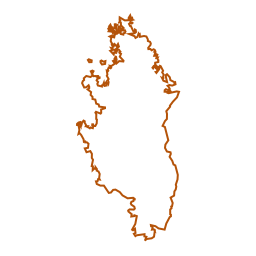 Kurigram, Rangpur, Bangladesh (Mercator projection)
{"feature_id": "16705992B97164497642406", "entity_name": "Kurigram", "entity_type": "district", "adm_level": 2, "iso_a3": "BGD", "parent_name": "Bangladesh", "parent_adm1": "Rangpur", "projection": "mercator", "projection_center": [89.627, 25.805], "detail": "fine", "context": "isolated", "style": "outline", "palette": "amber", "viewbox_px": 256, "rotation_deg": 0, "n_neighbors": 0, "source": "geoboundaries", "source_scale": "gbopen_adm2", "svg_char_len": 5689}
<svg xmlns="http://www.w3.org/2000/svg" viewBox="0 0 256 256"><path d="M144.9,240.6L146.6,239.0L151.7,238.3L154.0,236.7L154.9,230.2L154.2,229.1L154.5,230.2L153.6,229.3L152.0,229.6L152.6,227.5L152.4,226.7L151.1,226.3L150.9,225.1L155.5,226.2L158.5,228.4L164.6,229.6L166.3,223.5L169.7,217.1L170.9,216.3L170.9,214.7L170.2,214.3L170.2,209.5L171.5,208.3L171.2,206.6L172.0,206.4L172.7,203.0L170.6,197.6L174.1,195.6L174.4,191.4L175.7,189.5L176.3,186.6L175.8,184.7L177.5,179.5L177.8,174.9L175.3,165.4L173.5,164.5L172.3,160.9L169.6,156.8L170.8,153.9L170.5,152.3L166.9,151.5L165.0,147.9L165.4,144.6L168.3,140.3L164.9,127.0L162.6,125.9L165.0,121.0L166.9,119.0L167.0,113.9L166.3,111.2L170.1,106.7L169.9,105.7L172.9,101.7L177.0,97.3L179.0,91.8L176.7,91.4L168.6,93.2L167.8,92.9L168.5,92.0L164.6,91.7L164.7,90.2L165.9,89.2L170.2,90.8L169.1,89.3L169.7,88.8L168.7,86.9L167.6,85.8L169.3,85.0L172.2,85.6L175.5,84.3L175.2,82.4L174.4,82.9L174.3,82.1L170.4,80.1L169.8,77.3L167.0,74.2L165.9,75.0L165.9,77.0L167.1,82.1L163.4,80.7L162.1,78.1L163.0,78.6L163.4,78.1L163.1,76.4L163.8,74.9L162.2,72.3L163.1,70.8L160.7,66.2L160.0,65.9L159.1,69.3L156.4,72.9L155.7,72.0L157.2,71.6L157.2,70.2L159.1,67.0L157.1,66.5L156.4,68.6L155.8,68.2L155.8,67.0L153.9,67.0L153.1,68.4L152.5,67.7L153.8,65.9L155.8,65.1L155.1,64.1L155.2,62.7L158.3,62.0L158.3,60.6L157.6,60.7L158.2,60.4L157.4,58.5L157.8,57.6L156.4,57.9L157.4,54.7L156.4,54.2L155.1,55.8L154.2,55.8L155.4,52.4L154.4,51.9L155.3,51.1L154.7,49.9L153.6,49.3L151.6,50.3L150.4,49.0L148.4,49.1L148.2,47.9L150.5,44.9L150.8,43.4L150.0,41.8L147.9,41.0L147.8,39.3L146.4,36.5L144.0,36.0L140.0,36.8L139.7,34.1L139.2,34.4L138.6,33.5L137.5,36.8L135.5,37.9L134.6,36.2L129.2,34.0L134.7,33.2L135.7,32.1L133.3,31.2L130.8,25.9L130.1,26.0L129.0,23.9L130.2,22.7L131.8,23.5L133.2,22.3L131.7,23.1L130.5,21.7L130.3,19.1L131.5,20.1L132.7,19.8L131.4,19.1L132.3,18.4L132.1,17.7L131.0,18.1L130.2,15.4L128.7,17.8L128.6,20.2L124.8,20.4L119.7,17.4L119.6,20.0L120.2,20.4L119.3,22.2L120.8,22.5L121.0,25.4L123.5,27.9L122.5,28.3L122.9,29.2L121.7,29.2L120.0,27.9L119.8,26.5L118.8,26.4L118.5,27.5L119.5,27.9L118.3,28.1L118.3,29.5L120.9,30.9L121.2,30.0L123.5,30.6L124.8,30.2L125.5,31.5L124.7,33.1L123.5,33.2L123.3,34.6L120.8,34.0L120.7,32.6L119.3,32.7L120.5,31.6L119.4,30.4L117.8,31.5L117.4,32.9L116.9,32.3L117.4,30.8L114.9,31.5L113.8,30.4L113.7,31.5L115.3,31.6L115.4,32.4L114.3,32.0L114.4,33.5L116.4,33.7L114.2,35.3L113.7,36.1L114.4,36.4L114.2,37.4L113.4,37.2L113.7,36.2L112.7,36.7L111.8,35.6L109.7,36.5L111.3,37.4L110.7,41.0L112.3,44.5L112.8,44.0L113.4,44.7L113.4,45.4L112.1,45.3L112.8,46.9L113.6,46.6L114.7,44.2L116.6,46.3L118.0,44.0L118.9,46.6L115.1,49.7L113.0,49.8L112.5,48.4L111.3,48.1L112.0,49.1L110.7,49.4L112.0,49.5L111.8,50.5L110.3,50.9L113.7,54.5L114.0,52.6L115.8,52.8L115.0,50.5L116.8,51.4L117.4,49.4L118.9,49.7L120.3,51.6L119.3,52.2L119.6,53.0L121.0,53.8L119.8,56.7L123.5,60.7L123.3,61.5L119.2,61.1L116.3,63.6L115.6,62.7L115.9,61.8L114.2,61.9L113.7,60.6L113.0,61.0L114.9,63.6L111.4,66.0L110.0,65.8L111.2,67.7L110.6,68.3L108.7,67.5L107.8,69.6L108.3,70.7L107.9,71.2L106.8,70.7L107.4,74.6L106.8,75.8L108.6,79.0L107.8,80.1L108.6,82.1L108.3,83.8L107.9,83.1L106.4,83.2L106.2,82.2L105.6,83.1L106.3,83.2L106.6,85.5L104.5,85.9L103.9,82.7L103.0,85.0L101.9,85.4L101.9,86.5L97.9,85.5L97.3,83.9L98.1,81.9L96.6,80.4L97.2,79.0L99.6,78.0L99.6,77.4L98.9,77.4L97.9,76.0L96.2,76.1L97.6,76.1L97.1,77.0L95.3,76.0L93.5,76.2L92.9,75.2L90.5,77.0L86.3,76.0L83.8,78.3L84.1,80.0L82.8,81.1L82.1,83.1L84.2,87.5L86.2,87.3L88.6,85.3L88.9,86.0L88.1,86.4L89.2,86.9L89.2,88.2L87.6,89.4L91.1,92.1L90.6,94.9L92.5,96.8L92.5,99.0L95.3,99.6L96.2,103.6L98.7,104.5L99.2,106.6L105.0,107.4L105.0,108.2L101.1,109.5L101.2,112.9L100.6,113.6L96.0,111.8L95.4,112.6L96.3,114.3L96.2,119.0L96.9,119.5L96.7,123.4L95.3,126.0L93.6,126.0L93.1,124.3L92.3,124.3L92.2,125.5L93.3,125.9L92.8,128.2L90.4,127.5L89.8,128.3L87.7,126.9L86.6,127.3L87.6,126.2L85.7,126.2L86.1,125.2L84.3,122.0L84.7,121.3L83.6,120.6L81.4,123.1L80.4,122.0L78.6,122.5L77.1,123.8L77.0,125.0L78.1,125.3L78.0,124.4L79.6,123.7L80.5,125.1L81.4,124.8L81.0,125.8L81.7,126.6L80.6,125.8L80.6,126.6L80.1,125.9L78.8,126.6L79.4,130.1L78.5,133.9L79.6,133.2L81.2,135.0L83.6,139.4L83.9,141.8L85.2,141.5L85.3,142.4L86.8,142.3L88.5,143.7L88.0,147.8L84.8,148.4L86.5,152.2L90.3,151.1L91.9,153.8L91.8,157.9L93.0,159.8L91.7,166.1L92.9,166.4L92.7,170.1L94.5,168.4L95.6,168.9L95.6,167.3L96.9,169.1L96.7,170.6L98.5,171.5L99.7,174.0L99.1,178.3L99.7,179.5L98.1,179.2L97.5,181.3L96.0,181.4L96.8,184.0L100.4,185.6L103.9,185.6L108.8,192.9L111.0,192.5L113.1,189.9L115.5,189.6L119.8,192.1L122.5,195.4L127.6,198.3L133.2,197.8L134.7,198.9L134.7,199.5L133.6,199.7L133.4,201.1L131.4,201.8L130.8,203.3L131.3,204.6L134.3,206.7L134.8,208.6L133.8,209.6L129.6,209.4L128.2,210.5L128.4,211.5L131.7,214.2L131.3,216.5L134.2,216.1L134.4,215.3L136.8,216.1L135.3,223.9L132.1,229.7L133.0,230.3L135.0,228.8L135.5,233.0L133.9,233.8L135.4,236.1L136.6,235.3L144.5,234.2L144.4,236.4L146.4,236.8L144.9,240.6ZM112.7,27.3L109.5,28.1L109.0,30.0L110.1,29.7L108.8,31.3L112.2,31.7L112.5,32.3L112.6,31.6L113.5,31.7L111.6,30.5L113.2,29.5L112.7,27.3ZM103.5,61.7L101.4,60.5L100.5,61.1L100.6,62.5L102.0,64.5L105.1,63.9L105.4,61.1L103.5,61.7ZM88.8,59.3L87.9,60.0L89.2,62.2L91.5,62.1L91.7,60.4L88.8,59.3ZM92.4,70.6L90.8,71.3L91.9,73.5L91.7,74.7L93.5,71.2L92.4,70.6ZM116.6,59.7L116.0,56.8L115.8,56.7L114.5,58.7L115.0,60.0L116.6,59.7ZM116.9,25.3L115.0,26.2L115.5,28.1L113.9,27.7L116.2,29.0L116.0,26.9L116.9,25.3ZM111.4,27.1L110.4,24.7L109.3,26.1L111.4,27.1ZM135.8,31.3L135.8,30.1L135.0,29.6L134.9,30.6L135.8,31.3ZM115.7,24.2L113.9,24.4L115.8,24.7L115.7,24.2ZM107.8,29.4L108.9,28.8L108.7,28.1L107.8,29.4Z" fill="none" stroke="#b45309" stroke-width="2"/></svg>